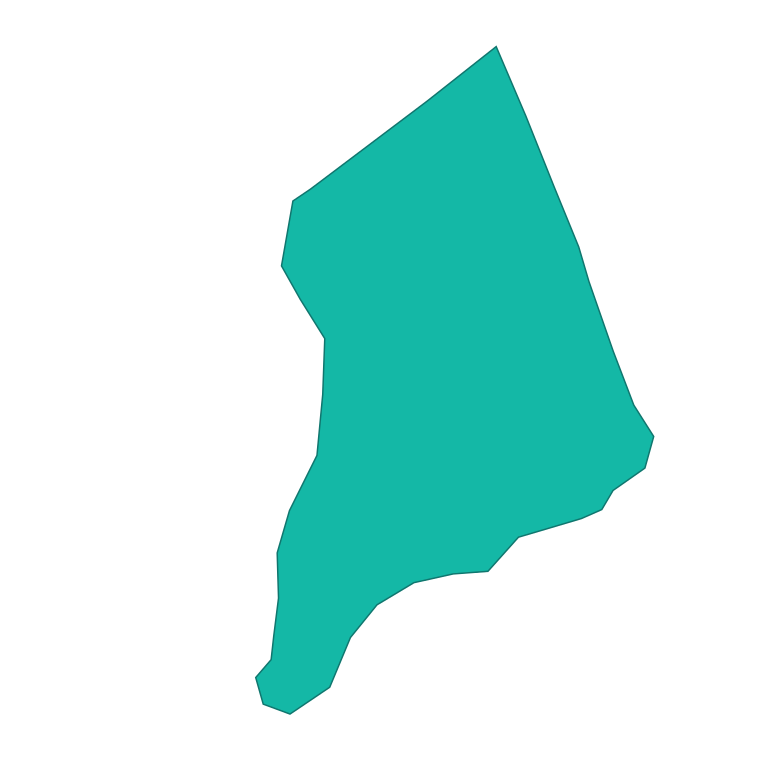 Bayaut, Sirdaryo, Uzbekistan (Robinson projection), rotated 68°
{"feature_id": "79887680B47457060484858", "entity_name": "Bayaut", "entity_type": "district", "adm_level": 2, "iso_a3": "UZB", "parent_name": "Uzbekistan", "parent_adm1": "Sirdaryo", "projection": "robinson", "projection_center": [68.989, 40.333], "detail": "fine", "context": "isolated", "style": "filled", "palette": "teal", "viewbox_px": 768, "rotation_deg": 68, "n_neighbors": 0, "source": "geoboundaries", "source_scale": "gbopen_adm2", "svg_char_len": 602}
<svg xmlns="http://www.w3.org/2000/svg" viewBox="0 0 768 768"><g transform="rotate(68 384 384)"><path d="M644.8,547.9L606.5,510.1L586.1,473.2L579.4,430.7L586.0,391.0L596.6,357.8L576.4,316.7L582.7,251.3L582.0,229.1L568.5,211.5L559.7,173.6L533.7,153.6L497.2,160.3L439.6,159.2L365.8,155.6L329.9,152.1L264.9,152.4L189.1,152.1L113.2,153.6L137.9,238.1L175.8,379.3L180.2,399.9L236.1,434.8L274.2,429.9L319.7,421.9L370.7,444.7L425.1,472.9L466.0,519.1L500.6,546.3L543.0,562.0L576.3,580.6L597.3,591.9L608.1,612.9L635.6,615.9L654.8,594.8L644.8,547.9Z" fill="#14b8a6" stroke="#0f766e" stroke-width="1.5"/></g></svg>